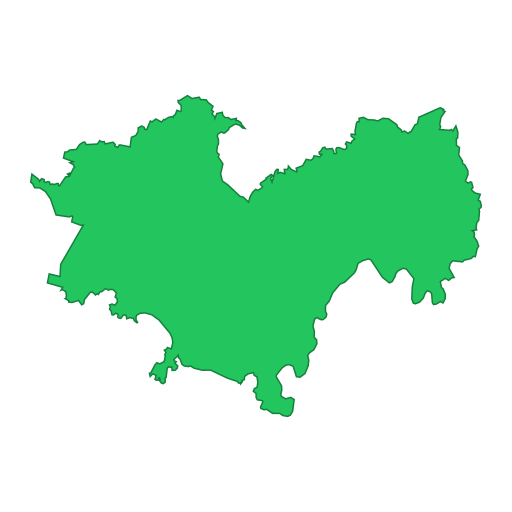 outline of Cihuatlán, Jalisco, Mexico
{"feature_id": "50627088B34623658197151", "entity_name": "Cihuatlán", "entity_type": "district", "adm_level": 2, "iso_a3": "MEX", "parent_name": "Mexico", "parent_adm1": "Jalisco", "projection": "robinson", "projection_center": [-104.64, 19.263], "detail": "fine", "context": "isolated", "style": "filled", "palette": "green", "viewbox_px": 512, "rotation_deg": 0, "n_neighbors": 0, "source": "geoboundaries", "source_scale": "gbopen_adm2", "svg_char_len": 6053}
<svg xmlns="http://www.w3.org/2000/svg" viewBox="0 0 512 512"><path d="M474.5,235.0L474.1,232.1L472.2,230.8L476.7,229.8L476.1,228.3L476.7,222.8L478.7,220.4L479.5,211.2L478.9,209.2L481.0,207.4L481.3,206.0L480.3,201.3L478.2,200.1L480.3,194.3L475.2,193.0L472.0,190.5L471.4,189.0L473.0,187.6L471.6,182.3L470.5,181.8L468.0,183.2L465.4,180.9L468.0,174.7L467.9,170.8L464.9,165.0L462.5,163.4L462.5,161.0L458.7,155.0L459.5,147.5L456.5,145.4L456.3,138.9L457.6,138.0L457.9,132.2L455.9,125.9L452.9,130.9L451.3,129.5L449.7,130.3L439.5,129.5L440.7,126.5L439.7,124.8L440.9,117.5L445.1,111.5L443.0,110.4L443.7,109.4L440.3,107.7L418.9,117.2L417.4,123.8L415.1,124.7L410.9,131.9L409.9,131.8L408.2,133.5L404.6,131.0L401.9,131.9L401.2,129.8L397.6,127.1L396.8,124.7L388.8,118.9L383.1,118.2L377.6,121.0L374.5,120.0L367.9,119.7L363.4,117.3L359.0,118.3L359.2,121.7L357.5,121.6L356.5,123.1L355.0,131.2L355.5,134.5L351.1,134.1L351.2,136.2L354.7,139.0L351.8,141.3L351.2,143.3L346.6,141.9L345.4,144.0L346.6,145.5L346.7,148.3L344.4,149.6L338.8,147.5L336.6,147.8L335.9,149.3L336.5,153.4L334.0,153.7L333.6,150.8L332.2,148.5L327.2,149.1L325.5,148.6L324.8,147.2L322.8,147.7L320.8,151.0L319.1,152.1L319.5,154.2L321.8,154.4L319.9,156.8L314.1,155.8L313.1,158.4L311.0,160.3L306.2,159.3L302.7,165.7L296.1,168.2L297.1,171.2L296.5,171.9L291.3,169.5L288.4,166.1L288.2,168.2L287.2,169.4L284.2,169.4L284.9,173.7L280.1,172.3L277.8,173.3L278.3,169.5L276.9,169.3L275.2,171.2L272.0,182.1L270.6,178.3L272.7,175.4L271.1,174.4L266.0,178.1L266.5,179.0L260.4,183.2L260.3,184.4L262.5,186.7L262.0,187.7L257.9,190.4L255.7,189.3L252.6,192.3L250.2,196.5L248.5,202.1L243.5,197.2L240.0,196.3L227.9,184.9L222.4,181.0L220.6,173.9L222.9,163.8L218.4,157.2L219.1,154.2L217.6,153.3L216.7,151.4L217.5,145.7L218.5,144.1L218.4,139.1L217.2,136.2L218.1,133.8L221.3,132.0L224.0,133.2L225.0,132.7L228.5,129.7L229.3,127.6L235.2,124.0L239.4,125.1L242.4,127.9L244.9,128.4L241.8,124.8L240.9,122.6L237.9,120.6L236.0,120.6L236.4,118.4L230.8,119.5L228.4,117.6L225.0,117.6L222.8,115.1L222.3,112.3L216.8,113.5L215.0,118.3L214.7,116.7L212.1,114.2L213.4,111.4L211.3,110.3L213.0,106.3L208.1,102.5L206.3,99.9L200.6,99.5L199.2,97.2L192.0,98.5L187.5,95.6L179.6,100.5L178.0,100.5L178.3,102.6L181.2,105.5L181.2,110.9L180.3,111.5L176.9,110.3L175.4,114.5L173.5,115.8L173.1,117.4L171.6,116.7L168.5,117.4L164.7,119.8L163.9,119.4L161.5,122.0L155.9,119.0L152.0,121.9L150.3,121.0L146.7,129.6L144.6,129.2L144.2,127.3L141.7,126.0L138.2,127.8L138.1,131.5L135.8,135.5L131.4,137.3L130.1,146.9L120.2,144.9L119.1,145.1L117.7,147.4L114.8,146.0L115.2,144.4L113.0,142.2L105.2,143.9L104.2,141.6L101.9,141.8L99.8,140.6L97.4,144.0L86.3,144.6L84.7,142.0L82.6,142.5L79.5,144.6L76.4,149.4L69.7,150.0L67.5,151.8L64.8,152.1L63.5,158.1L73.2,161.7L69.9,162.7L73.3,164.7L74.6,167.5L73.5,168.2L69.9,175.3L69.6,173.1L67.5,174.0L68.6,174.8L68.4,176.6L65.7,176.8L59.6,185.8L58.6,185.7L58.3,183.6L57.4,183.4L53.9,184.6L52.7,183.9L50.2,184.5L49.5,182.0L47.7,181.6L45.6,182.5L43.9,181.3L44.2,179.6L41.6,178.6L39.5,181.4L38.4,179.2L31.9,174.1L30.7,182.3L32.6,183.6L34.6,187.7L39.7,187.9L45.4,191.5L50.5,198.9L56.1,215.0L69.2,216.9L72.0,215.9L72.7,216.7L71.7,221.9L81.1,225.4L83.3,225.1L60.7,264.3L60.0,276.5L49.2,273.9L47.4,282.9L62.7,287.3L61.1,290.1L62.3,289.5L65.8,291.7L66.4,295.1L66.0,298.4L65.2,298.7L68.7,300.6L68.7,302.1L72.0,302.5L78.5,300.4L81.7,304.8L83.7,303.7L84.4,299.7L90.3,292.3L92.6,292.2L95.5,295.0L96.9,293.9L98.3,294.5L100.0,291.8L101.9,291.6L105.6,288.6L108.6,290.2L109.9,289.4L113.4,289.7L116.5,293.2L115.1,297.1L117.0,298.5L117.4,301.9L114.8,305.3L112.1,304.0L109.5,304.9L110.4,306.7L109.5,309.1L111.2,311.1L112.0,314.9L113.5,315.0L115.9,313.1L118.4,315.0L117.6,316.7L118.5,317.9L120.8,318.4L123.4,315.0L125.0,314.9L126.3,315.9L126.7,318.8L129.6,317.7L133.2,318.3L134.4,320.8L137.0,322.8L137.6,322.3L136.1,320.1L136.0,316.8L137.0,315.0L140.1,313.3L145.1,312.9L152.1,314.9L159.1,320.1L170.1,333.4L172.2,338.1L172.8,342.6L171.3,348.9L167.4,347.5L166.6,349.0L164.3,350.2L166.0,352.3L164.7,354.8L165.3,355.9L164.2,361.5L159.7,363.9L156.9,362.7L154.9,364.9L150.8,372.9L149.4,373.3L150.2,376.5L152.7,373.9L156.3,375.4L154.9,379.3L156.1,380.2L159.1,380.0L158.5,378.0L159.4,377.8L160.2,379.5L159.5,380.5L161.2,382.9L163.2,383.7L165.2,382.2L165.2,378.1L166.1,377.4L167.3,367.9L169.2,366.6L170.2,367.4L171.8,367.0L172.1,370.4L172.8,370.4L175.0,370.3L177.1,368.5L177.8,366.0L174.9,363.1L176.3,361.7L174.3,360.9L173.8,359.7L178.3,355.2L178.5,357.7L180.1,359.1L182.0,364.4L184.2,366.0L188.7,366.6L190.1,365.8L194.1,368.2L202.2,370.2L210.6,370.1L227.3,378.1L237.2,381.4L238.8,383.2L240.4,382.7L240.6,383.9L242.4,381.7L241.9,380.6L244.3,379.7L244.6,376.4L248.1,373.9L253.5,372.6L254.2,375.4L256.9,376.7L257.8,382.2L257.1,387.2L254.3,388.7L253.3,391.3L256.0,393.3L256.2,397.6L257.3,399.8L262.5,400.7L262.7,402.3L260.5,407.0L260.9,408.5L264.2,409.8L266.6,409.3L272.6,413.4L279.8,413.4L282.7,415.5L287.7,416.4L290.4,415.1L292.6,411.3L294.2,399.6L290.9,397.4L285.6,398.8L281.4,396.4L280.8,394.4L281.8,390.0L281.5,385.7L276.2,376.7L276.3,375.2L282.2,367.8L285.7,365.3L288.9,364.6L293.1,366.2L296.4,376.7L300.1,377.2L305.0,373.5L308.2,365.7L308.8,360.2L307.7,355.4L309.4,352.9L313.9,349.7L316.9,343.7L316.6,339.8L314.1,337.2L314.4,331.4L312.9,326.1L314.7,319.0L316.9,317.5L320.6,319.6L322.9,319.7L326.0,317.1L326.8,314.1L325.5,311.5L325.5,305.6L329.3,301.0L332.6,293.0L340.0,284.1L344.7,282.2L354.1,273.2L355.9,270.4L358.1,263.3L362.4,260.8L368.5,258.9L371.0,260.0L382.4,277.3L389.4,282.9L392.2,281.6L395.2,276.2L395.7,273.8L397.9,271.0L402.9,268.3L406.4,269.1L413.9,278.6L412.3,286.7L411.8,299.1L413.3,303.1L415.2,303.8L419.5,302.2L423.3,298.1L425.1,293.4L427.1,290.7L430.2,291.8L431.6,293.7L432.4,302.7L433.5,304.5L436.2,304.1L440.4,301.6L443.0,303.0L445.2,298.8L445.4,294.4L443.2,289.0L441.5,287.5L440.3,281.6L445.2,278.4L448.8,280.4L451.7,277.9L454.2,277.5L449.1,268.4L450.2,263.7L452.6,260.8L462.5,261.9L464.2,260.2L471.1,258.5L473.3,256.4L475.3,256.7L477.1,248.9L478.7,246.1L476.9,240.9L473.8,236.5L474.5,235.0Z" fill="#22c55e" stroke="#15803d" stroke-width="1.5"/></svg>